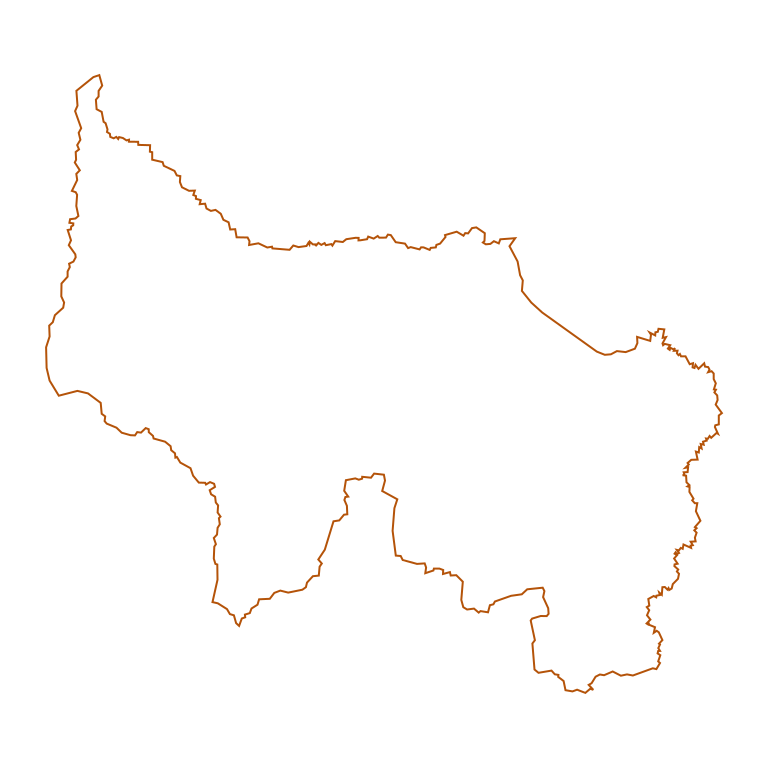 the district of Khao Phanom, Krabi, Thailand
{"feature_id": "78962969B52375509392370", "entity_name": "Khao Phanom", "entity_type": "district", "adm_level": 2, "iso_a3": "THA", "parent_name": "Thailand", "parent_adm1": "Krabi", "projection": "robinson", "projection_center": [99.161, 8.285], "detail": "fine", "context": "isolated", "style": "outline", "palette": "amber", "viewbox_px": 768, "rotation_deg": 0, "n_neighbors": 0, "source": "geoboundaries", "source_scale": "gbopen_adm2", "svg_char_len": 6063}
<svg xmlns="http://www.w3.org/2000/svg" viewBox="0 0 768 768"><path d="M46.6,367.9L49.6,380.6L58.8,395.7L77.4,390.9L88.0,393.4L100.7,402.9L101.7,413.8L105.2,416.4L104.6,421.1L106.7,423.6L116.5,427.7L121.7,432.7L130.5,435.2L135.0,435.4L137.2,432.1L141.0,432.6L145.7,428.1L148.7,429.2L148.8,432.2L153.0,435.9L153.6,438.5L165.1,441.7L170.6,446.2L171.2,450.2L175.0,453.3L175.4,457.6L176.9,457.0L180.3,462.6L190.5,468.2L193.1,475.7L198.8,482.6L205.2,482.8L206.0,484.5L210.0,482.1L214.1,483.8L215.0,486.9L209.7,490.2L211.1,494.3L215.1,496.7L215.8,502.5L218.1,505.4L217.6,512.5L220.5,516.6L218.9,518.2L219.8,524.3L217.6,527.8L217.0,534.6L213.8,538.0L215.9,544.2L214.3,546.6L213.8,558.6L215.4,563.9L217.3,564.5L217.5,579.8L212.5,602.1L217.8,603.3L227.0,609.1L229.9,614.1L233.9,615.3L236.1,623.1L239.1,625.9L241.8,618.5L245.2,617.3L244.9,614.6L249.8,613.1L251.5,608.5L257.5,604.7L259.1,599.3L269.8,598.8L274.3,592.9L280.3,590.6L288.2,592.6L302.4,589.7L305.9,587.2L307.0,582.6L312.9,576.2L318.8,575.6L319.6,566.7L321.8,563.5L318.3,559.5L324.8,549.7L333.5,521.3L339.3,520.4L344.0,514.7L347.3,514.3L346.9,505.8L344.4,500.0L345.4,497.0L348.2,496.6L344.2,490.8L345.9,480.2L355.3,478.4L358.8,479.7L362.1,478.7L362.2,476.8L371.0,477.7L374.1,473.6L383.9,474.7L385.0,480.6L382.2,491.0L397.3,499.3L394.4,508.2L392.6,530.8L395.8,555.6L400.7,556.0L402.7,560.0L417.0,563.9L424.7,563.4L426.1,567.5L425.3,573.2L433.4,570.5L433.9,568.6L439.4,568.6L443.2,570.0L443.0,574.0L449.9,572.1L450.7,575.5L456.3,575.2L462.8,581.7L461.3,599.9L463.3,607.2L467.1,609.5L474.0,608.6L478.7,612.6L480.5,611.1L488.0,612.3L489.9,605.2L493.4,604.3L494.9,601.5L511.1,595.8L521.8,594.3L527.2,589.3L542.7,587.7L544.4,591.1L543.1,597.1L548.2,608.2L548.6,613.8L546.7,616.1L540.7,616.0L532.1,618.6L530.7,620.5L534.9,640.2L532.4,643.5L534.5,669.5L538.5,672.8L551.5,670.6L554.8,674.3L558.4,674.9L558.2,676.9L563.6,681.0L565.5,690.2L572.5,691.4L577.1,689.7L585.3,692.9L590.2,688.8L593.3,689.8L588.7,684.9L591.6,683.2L595.6,676.7L599.9,674.5L604.1,675.2L612.7,671.5L620.9,675.7L627.0,674.4L632.9,675.5L652.8,668.3L656.4,669.1L660.0,663.0L658.2,661.4L660.3,655.2L657.6,653.4L658.2,651.0L660.0,650.9L658.3,648.1L660.0,644.5L659.0,643.7L662.4,640.1L658.8,632.3L656.7,630.8L653.8,632.8L655.0,627.2L649.2,624.8L648.5,622.8L648.0,624.4L646.6,623.5L650.4,619.6L647.0,615.3L649.2,610.2L646.8,607.1L649.3,605.6L648.3,599.0L653.7,596.0L656.2,597.3L656.4,595.7L659.9,595.0L659.2,592.5L661.8,594.8L662.4,587.2L664.8,587.0L667.4,589.6L668.5,588.1L669.2,590.0L671.7,588.5L672.8,584.1L678.0,578.8L679.0,573.8L676.9,571.5L678.2,569.5L674.4,566.1L674.6,564.4L677.6,563.7L674.1,558.5L677.0,555.2L674.6,553.7L675.6,552.3L676.8,554.0L679.0,553.0L676.8,549.9L678.9,550.4L680.8,547.9L682.7,548.8L683.5,544.5L691.1,547.9L690.6,545.6L692.8,545.2L690.7,541.7L695.6,541.4L694.9,537.7L696.6,532.7L694.3,530.3L696.6,528.2L694.9,527.1L700.4,520.8L695.9,511.2L697.3,503.2L694.8,503.2L692.2,500.3L693.5,498.7L689.4,491.9L689.6,487.0L687.5,486.4L689.4,485.1L686.5,482.3L686.1,475.7L682.6,475.2L684.5,474.8L683.7,472.3L687.6,472.1L688.1,467.3L685.4,467.8L688.8,464.5L687.6,463.0L691.3,459.8L697.6,459.6L695.9,451.6L698.8,452.5L699.2,447.1L701.6,448.5L700.7,444.0L703.7,444.7L703.0,441.7L706.7,440.6L706.0,438.5L707.8,438.8L709.6,436.0L711.2,437.8L716.6,432.9L717.9,433.7L714.9,427.0L715.3,425.3L718.8,424.4L718.8,415.5L721.9,413.1L715.7,404.6L717.6,400.0L717.2,395.4L714.4,392.4L715.9,389.7L713.9,389.4L715.8,383.3L713.7,379.1L713.7,373.5L711.6,371.2L708.1,372.2L709.5,369.6L708.2,367.1L705.0,366.6L704.2,363.3L698.5,368.8L695.5,364.8L694.5,368.0L692.6,367.4L693.0,363.2L689.7,364.2L685.5,356.3L681.0,356.3L679.9,354.0L678.5,355.2L676.9,353.3L677.5,350.7L673.8,350.8L675.0,348.2L673.5,349.4L670.4,347.8L669.7,349.9L667.9,348.6L670.2,345.2L664.7,343.9L663.1,345.2L662.5,343.4L666.0,337.1L662.7,337.8L664.3,329.4L658.5,328.8L657.8,331.8L655.4,332.3L655.2,335.4L649.6,332.5L651.0,334.7L650.2,340.9L637.1,336.9L637.4,343.1L634.9,348.7L625.7,352.1L616.9,351.1L610.9,354.3L604.8,354.8L596.8,351.6L542.2,312.5L531.3,302.6L521.9,290.9L522.8,280.4L520.1,275.2L517.6,261.5L509.5,246.2L515.2,238.2L500.3,239.3L498.8,243.4L493.9,241.2L490.4,243.9L485.8,244.3L482.9,242.5L484.5,240.9L484.8,233.2L476.3,227.4L472.0,228.1L468.1,233.4L465.2,233.1L463.5,235.7L456.7,231.7L445.0,235.1L445.5,237.0L440.1,243.6L436.4,244.9L435.8,247.4L430.7,247.9L429.7,249.9L423.6,247.4L421.1,247.3L419.6,249.4L410.7,247.1L408.1,248.1L405.0,243.6L395.7,242.2L390.8,235.1L387.9,234.6L386.0,237.6L379.3,237.7L377.7,236.0L373.7,238.6L368.2,236.6L367.1,239.2L360.3,240.3L358.5,240.4L358.6,237.9L355.6,237.8L346.3,239.2L342.8,242.0L335.2,241.1L332.4,245.6L331.3,244.1L325.8,245.2L324.6,243.1L321.3,244.9L318.4,242.9L315.6,246.1L316.0,244.4L312.9,244.4L309.8,241.7L309.4,244.5L308.4,242.8L306.5,246.0L298.5,247.1L293.3,245.5L289.6,249.8L272.4,248.4L272.0,246.7L267.3,247.5L258.4,243.3L249.1,245.0L249.5,241.2L247.6,237.5L236.6,237.3L235.2,229.2L230.2,229.5L228.6,222.3L223.4,219.8L220.8,213.8L215.5,209.9L210.9,210.9L206.5,208.5L205.1,203.7L199.7,204.2L200.7,200.1L195.9,198.8L196.0,196.1L193.3,195.0L194.8,190.6L189.0,190.8L182.0,187.3L179.9,182.0L180.3,176.1L176.8,175.4L174.5,170.9L163.8,165.8L162.6,162.1L152.2,159.7L152.2,152.2L149.9,151.7L150.1,145.2L138.3,144.9L138.1,141.8L128.9,141.7L129.0,139.7L126.5,140.4L122.9,138.0L119.1,137.1L118.2,139.0L116.3,136.9L113.7,138.3L110.3,136.9L109.9,133.8L107.0,132.0L107.5,129.4L105.6,123.2L103.6,121.8L101.7,111.9L96.6,109.2L95.9,99.7L98.6,96.5L98.6,90.9L102.2,85.6L99.3,75.1L93.4,77.1L76.4,90.8L77.5,105.7L75.1,111.1L81.2,128.2L78.7,132.8L80.4,139.8L77.2,145.1L79.0,149.4L75.7,152.0L76.1,159.8L74.8,162.5L79.8,170.3L76.3,173.9L77.2,180.0L71.9,190.9L75.7,192.2L77.1,194.8L76.3,206.0L78.4,216.0L75.5,218.5L70.1,219.2L69.4,222.8L73.3,223.4L73.2,225.3L71.2,226.5L70.9,229.4L67.7,230.0L71.0,240.3L68.8,245.2L75.3,254.3L75.7,257.3L73.4,261.6L69.1,263.7L69.8,267.1L67.6,271.4L67.6,276.7L61.5,283.5L61.3,296.4L64.1,302.5L63.2,307.7L54.9,315.2L52.8,322.2L49.2,325.6L49.6,336.5L46.1,347.3L46.6,367.9Z" fill="none" stroke="#b45309" stroke-width="2"/></svg>